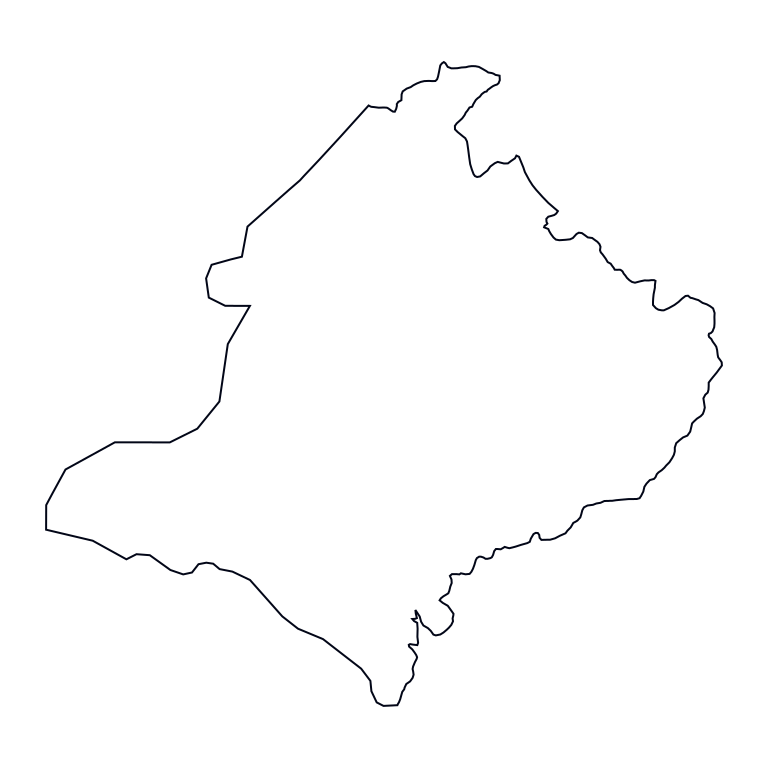 outline of Tavush, Tavush, Armenia
{"feature_id": "60910142B30577123692851", "entity_name": "Tavush", "entity_type": "district", "adm_level": 2, "iso_a3": "ARM", "parent_name": "Armenia", "parent_adm1": "Tavush", "projection": "equal_earth", "projection_center": [45.447, 40.841], "detail": "fine", "context": "isolated", "style": "outline", "palette": "ink", "viewbox_px": 768, "rotation_deg": 0, "n_neighbors": 0, "source": "geoboundaries", "source_scale": "gbopen_adm2", "svg_char_len": 5466}
<svg xmlns="http://www.w3.org/2000/svg" viewBox="0 0 768 768"><path d="M126.4,559.3L136.5,554.2L149.8,555.2L170.4,570.0L183.2,574.4L192.0,572.5L198.5,564.2L206.3,562.7L213.2,563.7L219.6,569.1L232.4,571.6L250.0,580.0L270.0,602.5L282.3,616.4L298.0,628.7L323.0,639.1L361.2,668.7L370.4,680.9L371.4,691.2L376.7,702.4L383.5,705.9L397.4,705.2L397.8,704.2L399.0,702.2L400.2,699.2L401.4,694.9L402.3,691.8L404.2,689.3L404.6,687.6L406.3,684.0L410.1,681.4L412.6,677.9L413.6,674.7L413.2,671.7L412.6,669.0L413.1,666.5L414.9,662.2L416.6,659.0L417.1,657.2L416.2,655.0L414.5,652.4L412.3,649.4L409.1,646.6L408.8,644.8L410.1,644.1L413.0,644.6L417.3,645.1L418.1,642.8L417.4,636.9L417.6,628.6L417.2,622.8L414.1,621.1L412.3,619.0L415.2,618.8L416.9,618.1L415.8,613.7L415.4,610.0L419.7,616.5L421.1,621.7L423.4,625.5L427.9,628.1L430.8,630.9L433.4,634.6L435.8,635.4L440.3,634.5L443.5,632.5L446.7,629.8L448.9,627.7L451.3,624.9L453.0,621.3L452.6,618.4L453.3,615.6L453.5,613.8L452.1,611.8L449.6,608.3L447.8,605.8L442.8,602.9L439.6,600.3L440.9,598.3L443.4,596.3L446.6,594.4L448.3,593.3L449.3,590.8L450.3,586.6L451.7,583.0L451.5,579.5L449.9,575.9L452.0,574.1L456.3,574.1L459.4,574.4L460.5,573.6L460.9,573.3L465.5,574.3L469.6,573.9L471.4,571.8L472.9,568.9L473.0,568.7L474.4,564.9L475.8,560.1L476.9,558.1L479.1,556.7L481.0,556.7L483.5,557.5L485.5,558.8L487.5,558.8L490.4,558.1L491.8,557.3L493.1,554.9L494.2,551.1L495.9,549.0L497.4,549.0L500.7,549.3L503.0,548.0L504.7,546.9L506.9,547.6L508.4,548.0L509.4,548.2L512.7,547.4L515.3,546.7L516.3,546.4L520.9,544.9L527.3,543.1L529.8,541.8L530.8,538.7L533.5,534.1L535.6,532.9L537.8,533.0L539.2,534.9L539.6,537.8L541.4,539.9L544.5,539.8L550.2,539.7L555.1,538.3L560.0,535.7L565.5,533.3L567.4,530.7L570.7,527.4L573.3,522.9L575.6,521.7L577.4,520.6L580.3,517.4L581.3,514.2L582.3,510.3L583.9,507.4L587.5,505.5L593.0,504.8L596.3,503.5L600.5,502.8L604.4,501.0L608.8,500.9L609.9,500.8L612.1,500.8L616.2,500.2L621.5,499.7L628.3,499.1L636.8,499.0L639.6,498.2L640.6,496.6L641.0,496.1L643.3,491.6L644.4,486.8L646.5,483.6L649.8,480.1L654.0,478.9L655.5,477.2L656.8,474.2L658.5,472.4L661.7,470.2L664.4,467.7L666.2,465.5L669.4,462.3L672.1,458.2L673.9,454.8L674.8,451.4L674.8,447.5L675.6,445.1L676.2,443.2L679.7,440.1L683.1,437.4L687.4,435.6L690.2,431.6L691.3,427.0L692.1,423.4L693.8,421.6L696.9,418.7L700.7,416.2L702.8,414.0L703.9,411.2L704.8,407.6L704.1,403.0L703.4,398.3L705.3,394.7L707.7,392.6L708.5,389.7L708.7,386.1L708.7,382.6L710.8,379.8L713.2,376.8L716.6,372.7L719.4,368.9L721.9,365.5L721.7,362.3L720.3,360.2L718.2,357.4L717.7,355.0L717.1,350.0L716.3,346.8L714.9,344.6L712.7,341.6L711.3,339.0L709.1,337.0L708.6,335.2L709.0,333.7L710.8,333.1L712.5,331.5L713.2,329.7L714.2,327.3L714.5,323.8L714.5,320.8L714.4,316.9L714.6,313.0L713.1,308.4L710.1,306.2L706.7,304.3L702.6,302.9L698.4,300.1L695.7,299.3L694.0,298.7L692.2,298.1L690.5,297.8L688.0,295.7L685.5,296.0L682.0,298.7L678.6,301.9L674.4,305.0L673.3,305.6L668.8,308.1L663.9,310.3L661.7,310.3L658.4,309.7L655.9,308.2L653.0,305.0L653.0,301.7L653.2,298.3L653.6,294.3L654.9,287.7L654.9,285.7L655.0,284.4L655.5,280.9L654.0,280.1L651.5,280.1L648.6,280.5L644.5,280.4L639.9,281.4L635.0,282.7L632.1,282.0L629.4,280.2L626.9,277.8L625.4,275.6L624.1,274.1L623.7,273.6L622.6,271.5L621.7,270.7L621.4,270.4L620.0,269.7L616.9,269.8L614.7,269.7L613.8,268.0L612.2,265.9L610.7,263.7L607.7,262.1L605.7,258.7L602.5,254.3L600.8,252.4L600.0,250.2L600.5,246.8L599.5,244.2L598.8,243.4L597.4,241.8L594.3,239.6L592.2,238.0L587.8,237.4L585.0,235.3L581.9,233.1L578.8,232.7L576.5,234.0L572.9,238.0L570.1,239.3L565.5,239.8L561.1,240.1L559.2,240.2L555.9,239.6L553.5,237.5L550.9,234.0L549.2,231.1L548.3,229.0L544.1,227.3L544.6,225.8L546.2,224.8L547.4,223.6L546.5,221.9L546.3,218.9L548.3,216.7L551.7,215.8L554.3,215.0L556.2,213.6L557.9,211.1L556.6,210.0L554.1,207.9L548.3,202.9L542.6,197.0L536.2,189.9L532.6,185.4L529.4,180.4L524.9,172.1L523.3,167.3L522.6,165.6L519.0,156.8L516.4,155.6L515.0,158.3L511.2,160.9L507.9,163.4L504.0,163.5L497.7,161.9L494.8,163.2L490.3,166.5L487.5,170.5L484.1,173.1L480.2,176.4L477.1,177.0L475.0,176.1L473.6,174.2L471.8,169.4L470.2,164.2L469.2,157.4L468.2,149.6L467.6,145.3L467.0,141.5L465.3,138.2L462.6,136.1L457.6,132.0L455.0,129.4L454.9,125.9L456.7,123.4L459.5,120.9L462.2,118.4L464.6,115.1L465.8,112.6L467.4,110.7L469.5,107.5L472.2,106.7L473.4,104.0L475.8,100.0L477.7,98.2L479.8,96.7L481.7,94.2L483.6,92.7L484.8,91.9L486.6,91.5L487.8,89.8L489.4,88.7L491.5,87.1L493.2,86.0L495.2,85.1L496.9,84.6L498.6,83.2L498.9,82.3L499.8,80.2L499.6,75.7L498.2,75.4L495.5,74.9L493.6,73.7L491.6,73.0L488.3,72.5L486.3,71.1L482.7,69.0L478.9,66.9L475.4,66.2L471.8,66.1L468.6,66.5L465.9,67.2L461.4,67.5L457.9,68.1L457.3,68.2L454.3,68.3L451.2,68.3L450.3,67.9L447.7,66.9L445.4,63.2L443.8,62.1L441.9,63.4L440.3,65.4L439.8,67.9L439.1,71.5L438.0,76.7L437.1,79.3L435.4,81.0L432.4,81.1L428.9,80.9L424.3,81.1L420.8,81.9L416.8,83.5L413.3,85.3L410.7,87.1L406.7,88.6L402.7,91.4L401.6,94.4L401.5,97.6L401.4,100.2L398.2,102.0L396.8,104.1L396.9,105.8L396.2,108.8L394.8,111.7L393.0,111.6L390.9,110.3L388.3,108.4L386.9,107.7L383.8,107.5L378.8,107.7L374.2,107.1L371.2,106.8L369.5,106.0L368.6,105.5L340.7,136.4L318.9,160.1L303.9,176.0L299.9,180.4L289.5,189.4L275.1,202.1L247.5,226.6L241.9,256.7L230.9,259.4L211.6,264.8L206.1,278.4L208.8,297.6L225.2,305.8L249.9,305.9L227.8,344.1L219.4,401.5L197.3,428.7L169.8,442.4L114.9,442.3L65.5,469.5L52.5,493.3L46.2,505.1L46.1,529.7L57.5,532.4L92.7,540.7L126.4,559.3Z" fill="none" stroke="#020617" stroke-width="2"/></svg>